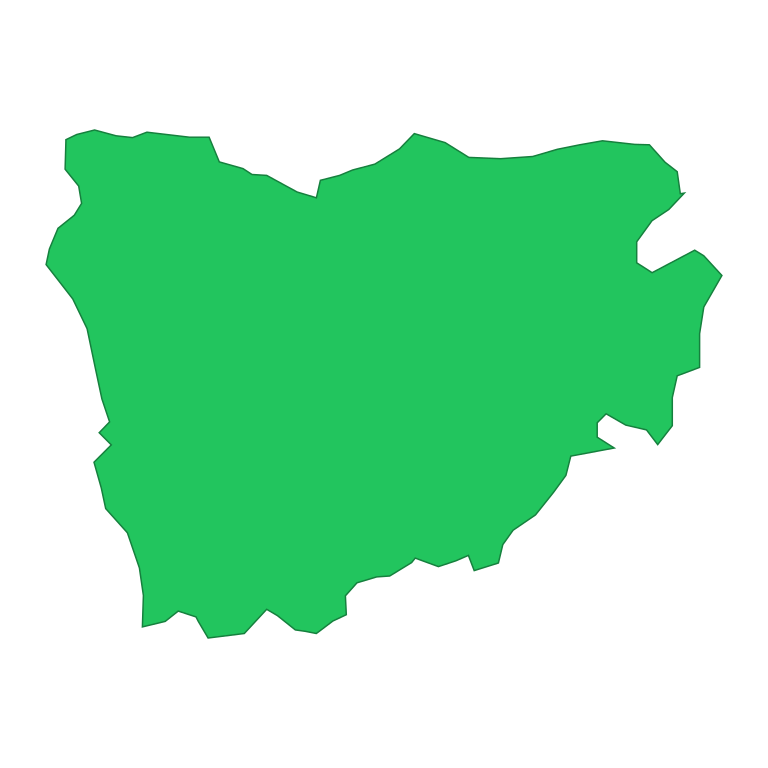 outline of Tala, Paphos, Cyprus
{"feature_id": "46923920B20038687407930", "entity_name": "Tala", "entity_type": "district", "adm_level": 2, "iso_a3": "CYP", "parent_name": "Cyprus", "parent_adm1": "Paphos", "projection": "albers", "projection_center": [32.433, 34.838], "detail": "fine", "context": "isolated", "style": "filled", "palette": "green", "viewbox_px": 768, "rotation_deg": 0, "n_neighbors": 0, "source": "geoboundaries", "source_scale": "gbopen_adm2", "svg_char_len": 1459}
<svg xmlns="http://www.w3.org/2000/svg" viewBox="0 0 768 768"><path d="M142.4,626.9L165.2,621.4L178.2,611.1L196.0,616.9L198.3,621.4L208.1,638.0L244.3,633.5L266.7,609.3L277.4,615.6L295.3,629.9L305.2,631.3L316.3,633.5L319.3,631.3L332.9,621.0L346.3,614.7L345.4,595.8L357.0,582.8L376.7,576.9L389.7,576.0L411.6,562.6L415.2,558.1L438.4,566.6L455.9,560.8L468.4,555.4L474.2,570.6L498.4,563.0L502.8,544.6L513.1,530.2L535.5,514.9L553.4,492.5L565.9,475.4L570.8,456.1L597.6,451.1L614.2,448.0L597.2,437.2L597.2,422.8L606.1,413.8L625.8,425.1L646.5,429.9L657.7,444.6L662.4,438.5L672.3,425.7L672.3,397.6L677.2,375.8L699.6,367.4L699.6,333.7L703.8,307.0L721.9,275.5L703.8,255.8L694.7,250.2L652.1,272.7L636.7,262.8L636.7,241.8L652.0,220.7L668.8,209.5L684.3,193.1L680.3,193.7L677.2,171.7L665.1,162.3L649.4,144.8L634.7,144.4L602.5,140.8L579.7,144.8L557.3,149.3L532.7,156.5L500.6,158.7L468.8,157.4L445.1,142.6L414.3,133.6L399.5,148.9L374.9,164.1L352.6,170.0L339.6,175.4L320.4,180.3L316.4,197.8L297.1,192.0L284.6,185.2L266.7,175.4L252.0,174.5L243.0,168.6L219.3,161.9L209.1,137.2L189.4,137.2L146.9,132.2L132.6,137.6L116.1,135.8L94.6,130.0L76.7,134.5L65.9,139.7L65.9,141.6L65.1,169.2L78.7,186.1L81.6,203.4L74.3,215.2L58.0,228.3L49.4,249.0L46.1,264.6L64.6,288.4L72.8,299.0L87.1,328.7L95.5,368.9L101.9,398.9L109.6,421.9L99.2,432.7L111.3,444.9L94.0,462.2L101.3,488.0L105.7,508.6L127.4,532.8L139.4,567.9L143.4,595.5L142.4,626.9Z" fill="#22c55e" stroke="#15803d" stroke-width="1.5"/></svg>